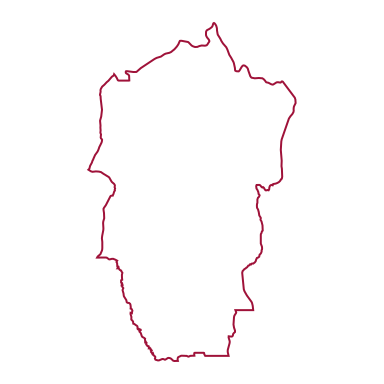 map outline of Bandundu (Robinson projection)
{"feature_id": "COD-1871", "entity_name": "Bandundu", "entity_type": "Province", "adm_level": 1, "iso_a3": "COD", "parent_name": "Democratic Republic of the Congo", "parent_adm1": "", "projection": "robinson", "projection_center": [18.46, -4.427], "detail": "fine", "context": "isolated", "style": "outline", "palette": "rose", "viewbox_px": 384, "rotation_deg": 0, "n_neighbors": 0, "source": "natural_earth", "source_scale": "10m", "svg_char_len": 5976}
<svg xmlns="http://www.w3.org/2000/svg" viewBox="0 0 384 384"><path d="M100.5,125.5L100.1,121.2L100.1,120.5L101.2,116.6L102.0,109.8L100.7,98.8L100.6,96.6L100.5,95.9L100.1,95.3L100.0,94.6L100.6,91.8L100.5,90.1L100.8,89.0L101.3,88.1L102.2,86.6L104.4,84.7L106.7,82.2L108.4,80.8L111.9,76.7L113.7,75.5L114.1,74.2L115.4,75.8L116.7,77.8L117.8,80.1L118.3,80.5L119.0,80.6L128.8,80.6L129.3,80.5L129.1,75.7L128.5,74.7L126.3,73.4L125.9,73.0L125.7,72.0L126.1,71.2L127.3,71.2L133.3,72.0L135.2,72.0L136.5,71.9L140.8,68.1L154.5,59.0L156.6,57.9L160.9,56.6L164.4,54.2L165.8,53.6L169.4,52.8L171.1,52.0L174.6,49.1L176.8,46.6L178.3,44.4L179.6,41.4L179.9,40.9L180.4,40.8L181.6,40.8L188.0,42.0L188.5,42.3L191.2,45.1L191.7,45.6L193.2,46.4L195.0,47.0L197.3,46.9L199.5,46.0L201.7,45.5L205.0,45.7L206.6,45.3L207.4,44.5L208.3,43.0L209.0,42.0L209.3,41.5L209.3,40.8L208.8,39.6L207.0,37.4L206.2,35.8L206.0,35.0L206.0,32.7L206.1,31.6L206.6,30.6L207.1,30.1L209.6,28.8L211.7,27.2L212.5,26.1L213.2,23.7L213.5,23.2L214.0,23.0L214.6,23.4L215.5,24.5L216.3,26.0L216.9,28.2L217.0,30.4L217.6,34.0L217.8,34.7L220.3,38.7L221.4,41.0L223.0,43.5L226.3,47.3L227.4,49.6L229.3,54.8L231.2,57.8L233.5,62.1L233.9,63.3L234.9,67.9L235.1,70.2L235.3,70.7L236.3,71.2L238.3,71.4L238.8,71.3L239.6,70.4L241.6,67.0L242.5,65.9L243.1,65.5L243.8,65.4L244.9,65.7L246.7,67.1L247.4,68.0L247.9,68.9L248.4,70.8L250.3,76.2L251.1,77.3L251.6,77.7L254.8,78.3L258.8,78.0L262.4,78.3L263.7,79.2L265.0,80.6L265.8,81.8L266.3,82.3L268.5,82.8L271.1,84.2L272.1,84.5L272.8,84.6L273.4,84.4L276.5,82.4L277.9,82.2L280.4,82.6L280.9,82.4L281.6,81.5L282.1,81.4L282.8,81.7L294.8,97.7L295.4,99.6L295.6,103.1L294.0,106.4L293.8,107.2L293.6,109.0L293.7,110.8L293.4,112.2L292.3,114.1L290.4,116.3L288.9,118.6L281.7,139.4L281.3,141.5L280.8,149.9L281.7,160.7L281.5,166.2L281.9,168.8L282.2,176.7L281.9,178.4L281.4,179.3L280.9,179.4L280.2,180.8L279.0,182.0L277.5,182.9L275.7,183.6L273.4,184.0L272.9,184.3L272.7,185.3L272.4,185.3L271.7,184.9L270.7,185.2L270.0,185.8L269.6,186.7L269.3,187.8L269.2,189.2L268.6,190.3L268.4,190.3L267.6,190.0L266.1,190.4L265.6,190.3L264.9,189.6L263.8,187.7L263.0,187.1L262.3,187.5L261.5,186.9L260.2,185.3L259.2,184.9L256.6,185.0L256.3,185.7L256.2,186.4L256.5,188.6L257.3,189.7L258.3,192.0L258.6,194.0L259.3,194.7L259.6,195.3L259.0,196.8L258.0,197.7L257.4,199.5L257.4,202.9L257.0,204.0L256.9,205.8L257.0,207.5L257.2,208.1L258.1,209.6L258.4,210.9L258.7,211.8L259.3,215.5L260.7,217.7L260.8,218.2L260.5,219.4L260.6,220.0L261.5,221.4L262.5,225.4L262.7,230.6L262.4,231.0L261.9,231.4L261.5,233.0L260.9,234.0L260.8,234.9L260.8,243.6L261.9,246.5L262.1,248.1L262.0,249.5L261.6,250.2L261.6,251.6L261.2,252.7L260.8,253.5L259.6,254.7L259.2,256.7L258.2,257.5L256.9,258.0L256.1,259.7L255.7,261.2L254.8,262.4L253.2,263.6L252.1,263.5L251.7,263.7L251.0,264.5L250.2,264.2L249.4,265.3L248.3,265.6L247.1,267.3L246.3,267.7L245.8,268.3L244.3,269.2L243.2,270.5L242.6,271.1L242.2,272.8L243.8,289.3L244.5,291.3L246.9,295.5L251.4,301.7L252.0,302.9L252.7,305.7L253.2,310.1L235.4,310.1L236.2,312.4L236.0,313.1L234.4,315.6L234.0,317.1L233.5,324.5L234.0,327.5L235.0,330.6L235.0,332.0L233.8,333.1L233.2,333.9L232.8,335.7L232.2,336.4L231.4,336.6L228.7,336.3L228.6,337.5L229.7,341.2L229.7,342.3L229.5,343.5L227.8,349.8L227.7,351.2L227.8,352.4L228.6,355.9L205.2,355.9L204.3,354.3L204.1,353.0L203.7,352.8L194.8,352.8L194.3,353.1L194.2,354.0L194.4,355.7L190.9,355.8L190.2,355.9L188.7,356.6L188.2,356.6L186.7,355.9L181.7,355.7L181.0,355.8L178.8,356.9L178.0,357.4L177.7,358.4L177.6,359.7L177.9,360.9L174.3,361.0L173.2,360.7L171.1,358.7L169.9,358.1L168.6,357.9L167.9,358.0L165.4,359.6L164.9,359.7L163.5,359.1L162.3,359.0L158.9,360.4L157.8,360.4L155.5,359.7L154.9,358.6L155.3,357.3L155.2,356.6L153.6,355.3L153.0,353.4L152.4,354.0L152.2,353.6L152.4,353.1L151.6,352.6L151.1,352.0L151.8,350.5L151.3,349.9L150.7,350.1L150.5,348.7L149.3,348.5L149.7,348.1L149.7,347.8L148.9,347.7L148.7,347.3L148.7,346.3L148.3,346.1L147.4,346.0L147.0,345.3L146.3,344.6L146.1,344.0L146.5,343.1L146.5,342.7L145.8,342.4L146.0,342.2L145.8,341.8L145.2,342.1L145.1,340.3L144.9,339.5L145.1,338.7L144.3,338.0L142.3,336.9L141.7,335.9L141.0,333.7L140.5,332.6L139.5,331.7L139.4,331.2L139.6,330.7L140.6,330.2L140.8,330.0L140.6,329.6L139.4,329.2L138.8,328.8L138.6,328.9L138.3,329.5L137.7,329.1L137.5,328.4L137.5,326.8L137.3,326.2L136.8,325.7L135.8,325.1L134.4,324.0L133.3,323.7L133.2,323.1L133.1,321.7L132.4,320.6L131.5,319.8L131.3,319.4L131.4,316.9L130.5,313.9L130.6,312.8L131.9,313.2L132.0,312.2L132.4,310.7L131.7,309.1L131.4,308.9L130.6,308.6L130.6,308.1L130.8,307.5L130.5,304.9L130.1,303.8L129.1,303.0L127.6,302.8L127.2,302.6L126.7,302.1L126.3,300.1L124.1,296.6L123.8,295.9L123.5,293.4L122.6,290.3L122.7,289.5L123.2,288.5L123.3,288.1L122.2,286.7L122.2,286.2L122.5,285.5L121.6,285.5L121.6,285.0L122.2,283.8L122.1,283.2L121.6,283.2L121.4,283.0L121.1,282.4L121.1,280.6L121.2,280.2L122.2,279.8L122.2,279.4L122.0,278.1L121.9,274.8L122.4,272.8L121.3,271.2L121.2,270.6L119.7,269.8L119.0,268.8L118.5,268.3L117.7,268.3L118.6,267.1L118.4,266.7L117.5,267.0L117.3,266.5L117.1,263.1L116.5,262.1L116.5,261.8L117.2,260.7L115.4,259.7L113.1,258.8L111.6,258.9L109.7,259.4L109.0,259.3L106.8,257.7L105.8,257.5L97.1,257.6L97.7,256.5L100.4,254.2L102.0,250.4L102.2,249.4L102.3,248.0L102.3,241.9L101.9,238.3L102.2,235.8L103.3,230.1L103.4,228.4L103.1,223.0L103.3,221.4L104.2,218.3L104.0,213.0L103.6,210.5L103.5,208.8L104.0,207.8L105.9,205.1L110.4,196.3L110.8,195.9L111.3,195.7L112.8,195.6L113.0,194.8L113.4,194.2L114.0,192.1L114.4,191.2L114.9,190.6L114.7,189.8L115.1,188.4L114.6,187.2L114.9,185.7L114.8,185.1L114.1,183.9L112.1,182.2L111.5,181.5L109.3,177.6L108.7,177.0L103.6,173.9L101.0,172.1L98.9,171.6L95.9,171.4L92.5,171.8L91.1,171.4L88.4,169.7L89.4,168.6L90.1,165.9L91.9,162.6L92.6,160.4L93.1,159.8L93.4,158.8L95.1,155.0L97.6,151.5L98.5,149.5L99.3,147.1L101.3,143.1L101.8,141.8L102.1,139.8L101.9,139.3L101.0,138.4L100.7,137.5L101.0,134.4L100.4,132.8L100.6,130.3L100.4,127.7L100.5,125.5Z" fill="none" stroke="#9f1239" stroke-width="2"/></svg>